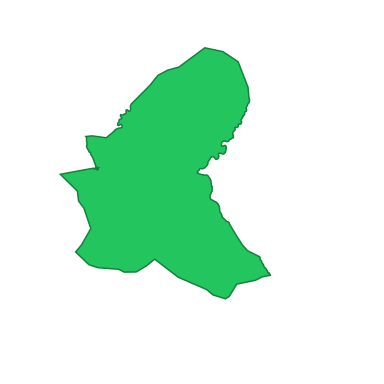 Xutag-O'ndor, Bulgan, Mongolia (Albers equal-area conic projection), rotated 315°
{"feature_id": "93677404B82313328470965", "entity_name": "Xutag-O'ndor", "entity_type": "district", "adm_level": 2, "iso_a3": "MNG", "parent_name": "Mongolia", "parent_adm1": "Bulgan", "projection": "albers", "projection_center": [103.033, 49.288], "detail": "fine", "context": "isolated", "style": "filled", "palette": "green", "viewbox_px": 384, "rotation_deg": 315, "n_neighbors": 0, "source": "geoboundaries", "source_scale": "gbopen_adm2", "svg_char_len": 5918}
<svg xmlns="http://www.w3.org/2000/svg" viewBox="0 0 384 384"><g transform="rotate(315 192 192)"><path d="M134.0,279.5L140.1,291.1L144.2,292.2L158.5,288.8L174.7,299.4L181.6,301.6L188.5,306.3L188.8,305.8L188.8,305.5L188.9,305.3L188.8,305.0L188.8,304.4L189.2,304.1L189.3,303.9L189.2,303.6L188.7,303.4L188.6,302.6L189.0,302.0L189.4,301.6L189.6,300.7L189.6,300.0L189.9,299.4L190.0,298.8L190.2,297.2L190.0,296.6L190.1,296.2L190.1,295.9L190.2,295.5L190.3,295.2L190.6,294.8L190.7,294.6L191.0,294.2L191.0,293.9L191.2,293.7L191.1,293.2L191.3,292.9L191.2,292.6L191.3,292.4L191.3,292.1L191.5,291.8L191.6,291.2L192.4,289.9L192.4,289.3L192.3,288.6L192.4,288.0L192.6,287.6L193.6,286.7L194.1,285.9L189.7,272.6L190.2,264.9L191.4,259.7L191.9,257.1L192.5,254.6L195.9,240.9L196.5,240.5L196.6,240.2L196.6,239.3L196.5,238.7L195.9,238.0L195.7,237.4L195.6,235.8L195.7,235.3L195.8,234.9L195.6,233.6L195.7,232.6L195.6,231.6L195.6,231.2L195.8,230.8L196.3,230.5L196.4,230.3L196.4,229.9L196.5,229.7L197.0,228.9L197.1,228.6L197.3,228.3L197.3,228.2L197.3,227.7L197.6,227.1L197.6,226.7L197.6,226.3L197.7,225.9L197.8,225.7L197.9,225.4L198.4,224.8L198.7,224.6L198.9,224.0L199.4,223.8L199.9,223.0L200.1,222.7L200.5,222.3L200.8,221.9L201.0,221.6L201.0,221.3L201.5,220.6L201.7,219.6L201.8,219.5L202.0,218.9L202.0,218.7L201.7,218.1L201.9,217.8L202.0,217.7L202.1,217.2L202.0,216.9L201.7,216.3L201.9,215.9L201.8,215.5L201.7,215.3L201.4,215.0L201.2,214.2L201.3,213.8L201.1,213.1L200.7,212.7L200.8,212.5L200.7,212.2L200.1,210.5L200.3,210.0L200.3,209.7L200.5,209.2L201.2,208.4L201.4,208.0L202.1,207.6L202.3,207.3L202.6,207.3L202.9,207.0L204.4,206.4L205.0,206.3L205.7,205.9L206.2,205.6L206.9,205.6L207.0,205.4L206.9,205.1L207.5,204.8L207.6,204.7L208.2,204.3L208.4,204.3L208.5,204.0L208.7,203.8L208.8,203.6L209.3,203.2L209.4,202.9L209.8,202.8L210.0,202.7L210.1,202.4L209.8,202.0L209.8,201.9L210.4,201.3L210.8,200.3L211.7,199.5L211.9,199.2L212.3,198.8L212.4,198.7L212.6,198.1L213.4,197.5L213.6,196.5L213.7,196.2L214.0,195.9L214.2,195.2L214.3,194.0L214.2,193.7L214.4,193.5L214.5,192.8L214.8,191.9L214.8,191.6L214.6,190.8L214.2,190.1L213.4,189.7L212.7,188.7L212.1,187.7L211.7,187.1L211.0,186.5L210.9,186.2L210.6,185.4L210.3,185.0L209.8,184.2L209.8,183.6L209.9,183.4L209.8,183.0L209.7,182.8L209.3,182.6L209.2,182.4L209.3,182.1L210.4,181.4L211.9,181.6L212.4,181.6L213.7,181.1L214.2,181.1L214.5,181.2L215.5,182.7L215.9,183.1L217.1,183.6L217.7,183.8L218.4,183.9L221.0,183.8L222.4,183.7L222.8,183.5L223.2,183.3L224.0,182.5L224.5,182.2L226.1,181.8L227.7,181.5L228.4,181.2L229.5,181.0L230.5,180.9L230.9,181.0L231.4,181.5L232.0,182.2L232.2,183.3L231.9,185.3L232.0,185.7L232.2,186.1L232.8,186.5L234.2,186.7L234.6,186.7L235.4,186.4L236.2,185.7L237.5,183.9L238.1,183.6L238.6,183.8L239.5,184.8L239.9,185.5L240.3,186.3L240.9,187.3L241.3,187.5L241.6,187.6L243.2,187.6L243.7,187.5L244.7,186.9L245.7,186.3L248.0,184.6L248.1,184.3L248.4,183.3L248.5,182.7L248.3,182.4L247.7,181.9L246.3,181.4L245.6,180.7L245.4,180.5L245.5,180.2L246.4,179.4L246.9,178.7L248.3,178.0L249.2,178.0L250.5,178.4L251.4,179.4L251.6,179.7L251.8,180.5L252.1,180.8L252.5,181.2L253.8,181.9L254.4,181.9L255.0,181.8L255.6,181.6L255.8,181.6L257.3,182.2L258.3,182.3L259.4,182.8L259.7,182.8L260.0,182.7L260.4,182.3L260.9,181.5L261.3,181.2L261.5,180.8L261.5,180.2L261.9,179.7L262.4,179.4L262.8,178.9L264.0,178.6L265.3,178.7L266.6,178.4L266.9,178.2L267.5,177.0L267.9,176.8L268.2,176.9L268.3,177.1L269.1,177.8L269.6,178.1L270.1,178.3L270.8,178.4L271.1,178.3L271.8,177.6L272.2,177.2L272.4,177.0L272.8,177.0L273.3,177.1L273.6,177.5L273.8,177.9L274.4,178.3L275.1,178.3L275.7,178.2L276.7,177.4L277.0,176.9L277.0,176.5L277.0,176.2L277.5,175.6L278.9,175.5L279.5,175.2L280.1,175.4L280.9,174.9L281.8,174.7L282.0,174.1L283.4,174.5L283.9,174.4L284.2,174.2L284.7,173.8L285.3,173.0L285.6,172.8L286.3,172.9L287.0,173.3L287.5,173.2L288.3,172.8L288.9,172.3L289.9,170.8L290.2,170.4L290.6,170.3L291.9,170.2L292.7,169.7L294.2,169.2L294.6,169.1L295.3,169.2L296.2,168.9L297.8,167.6L298.0,167.3L298.4,166.8L298.6,166.1L305.7,157.5L316.7,132.5L313.1,114.6L303.0,99.1L270.8,94.3L261.2,88.7L250.8,85.5L246.2,85.8L238.1,86.8L213.0,86.9L212.1,86.8L211.3,86.9L210.5,87.2L210.1,87.3L209.1,87.8L208.2,88.7L207.8,89.7L207.4,90.0L205.4,90.8L204.9,90.9L204.6,90.6L204.5,89.5L204.3,88.4L204.1,87.9L203.8,87.6L203.4,87.5L203.1,87.7L202.4,88.3L201.4,89.6L201.0,89.8L200.7,89.8L199.0,89.0L198.2,88.7L197.3,88.6L197.0,88.3L196.4,87.1L196.2,86.9L195.2,87.5L195.0,87.9L194.9,88.4L194.9,89.5L194.8,89.9L194.6,90.2L193.9,90.3L193.6,90.1L192.7,89.8L192.1,89.4L191.7,89.4L189.8,90.7L189.2,90.9L188.4,90.8L188.2,90.9L186.9,91.9L186.8,92.1L186.7,92.4L186.8,92.7L187.1,93.0L187.8,93.3L189.0,93.6L189.6,93.9L189.7,94.1L189.6,94.9L188.9,96.3L188.5,96.6L187.9,96.7L186.3,95.9L185.6,95.2L185.2,94.9L183.1,94.1L182.0,93.8L180.5,93.7L180.1,94.0L169.7,93.0L161.0,81.6L156.2,77.7L156.2,78.2L156.2,78.3L155.8,79.0L155.0,79.8L154.5,80.5L153.6,81.1L153.4,81.5L153.2,82.1L152.8,82.7L151.9,83.5L151.1,84.4L150.4,84.6L149.9,84.9L149.6,85.3L149.1,86.4L148.6,87.6L148.3,89.3L147.6,90.8L147.6,91.1L148.0,92.0L147.8,92.7L147.2,93.6L146.9,94.3L146.3,96.9L146.1,97.3L145.7,98.5L142.6,105.1L142.3,105.2L142.2,105.5L142.3,105.8L142.4,106.1L142.2,106.3L141.7,106.3L141.4,106.6L141.4,106.9L141.4,107.9L141.6,108.2L142.0,108.8L142.4,108.8L142.6,108.6L142.7,108.3L142.7,108.1L142.8,108.1L142.8,108.5L143.0,108.7L142.7,108.7L142.5,108.9L142.0,109.5L141.3,109.7L140.9,109.6L140.5,108.8L140.4,108.6L140.5,107.8L140.3,107.2L140.2,107.1L139.9,107.0L140.1,106.9L140.1,106.6L139.8,106.6L139.7,106.7L139.7,106.9L139.5,107.0L139.0,106.7L139.1,106.4L139.1,106.2L139.3,106.0L139.3,105.8L139.1,105.6L139.0,105.3L138.9,105.3L128.1,97.8L111.4,86.4L111.6,110.3L105.4,118.2L104.1,127.1L94.6,146.3L76.5,151.3L67.3,152.1L67.7,170.4L69.6,174.4L72.2,179.3L85.5,194.8L87.4,200.7L96.0,209.1L107.5,212.0L118.1,213.1L122.0,242.6L133.4,271.4L134.0,279.5Z" fill="#22c55e" stroke="#15803d" stroke-width="1.5"/></g></svg>